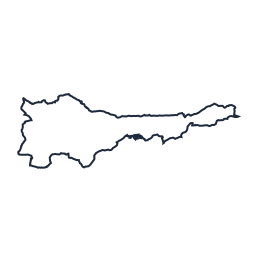 Bunila, Hunedoara, Romania (Equal Earth projection), rotated 177°
{"feature_id": "2599482B98386193513706", "entity_name": "Bunila", "entity_type": "district", "adm_level": 2, "iso_a3": "ROU", "parent_name": "Romania", "parent_adm1": "Hunedoara", "projection": "equal_earth", "projection_center": [22.627, 45.695], "detail": "fine", "context": "isolated", "style": "outline", "palette": "slate", "viewbox_px": 256, "rotation_deg": 177, "n_neighbors": 0, "source": "geoboundaries", "source_scale": "gbopen_adm2", "svg_char_len": 5957}
<svg xmlns="http://www.w3.org/2000/svg" viewBox="0 0 256 256"><g transform="rotate(177 128 128)"><path d="M210.8,160.1L212.5,159.2L213.0,158.3L214.9,158.2L215.6,158.4L215.9,158.7L216.6,158.3L217.3,158.3L219.7,157.8L221.1,157.1L222.0,157.0L222.6,157.1L222.8,157.7L224.3,158.0L224.6,158.8L226.6,160.1L228.4,161.0L230.0,162.7L230.9,163.2L231.1,163.0L231.1,162.1L230.4,159.2L231.0,158.0L231.6,157.6L232.4,155.7L233.2,154.6L233.5,153.8L233.4,152.4L229.4,148.1L230.7,146.7L228.5,146.2L226.5,145.0L224.5,142.4L224.0,140.8L225.7,140.7L227.7,140.2L230.1,139.9L230.8,139.3L230.8,139.1L230.6,138.6L232.7,137.3L233.0,136.9L233.0,134.5L233.6,132.4L234.3,131.6L234.3,130.3L233.5,128.6L233.3,127.5L233.3,126.2L231.5,123.9L231.0,121.6L233.2,119.0L233.4,118.5L234.7,117.3L234.9,116.4L235.6,115.6L235.5,114.8L235.9,114.4L236.2,113.2L237.0,111.5L237.4,110.9L238.3,110.4L238.8,109.9L238.9,109.1L238.5,108.5L238.7,107.8L238.3,107.4L237.6,107.1L236.2,106.9L231.2,106.6L229.7,106.8L225.9,105.3L225.8,105.0L225.8,104.0L225.2,103.3L225.5,102.7L226.1,102.8L226.5,102.6L226.3,102.0L226.6,101.8L226.5,101.2L227.1,100.0L227.0,99.4L227.3,98.9L227.4,98.0L227.7,97.3L227.8,95.7L226.3,95.6L225.7,95.1L221.8,94.0L219.8,93.0L219.3,93.3L218.6,93.3L217.5,92.9L216.6,93.2L215.6,92.8L213.6,92.9L213.1,92.8L212.2,93.3L211.3,93.2L211.0,93.9L210.2,94.0L210.1,94.4L209.4,94.7L208.7,95.6L208.3,95.8L207.8,96.4L206.8,97.1L207.1,98.2L207.5,98.9L207.7,102.3L207.6,102.8L206.0,104.9L205.3,105.5L202.0,105.9L200.9,105.6L198.0,105.2L197.3,105.5L196.2,106.4L195.7,106.1L192.4,105.7L192.4,105.4L191.2,104.7L190.6,104.7L190.0,105.2L188.9,105.5L188.7,103.8L188.7,102.0L188.5,101.5L186.9,101.1L186.4,101.3L185.6,101.0L183.7,99.8L182.3,99.4L182.1,99.1L181.2,98.7L178.8,98.5L178.9,98.0L178.2,96.6L177.9,95.4L176.6,94.5L175.9,92.7L175.3,91.8L174.2,91.1L173.6,91.0L172.8,91.6L169.3,91.9L167.4,93.5L164.4,97.2L163.8,97.8L163.3,98.6L163.1,99.1L163.3,100.2L163.0,100.8L163.2,102.1L162.6,103.1L161.6,104.0L161.4,104.5L158.1,106.3L156.9,106.5L154.6,107.4L152.3,106.8L149.3,107.4L148.3,107.3L147.7,106.8L146.1,106.9L145.3,107.4L144.3,108.6L141.2,110.4L140.0,111.3L139.4,113.2L140.1,114.3L138.2,115.2L137.5,115.8L136.2,116.2L133.4,117.9L132.7,118.4L131.4,119.8L129.3,121.0L129.1,120.4L129.4,120.3L129.5,120.1L129.1,119.8L127.6,120.1L127.3,119.3L127.2,118.2L126.3,118.2L125.9,118.0L125.6,118.2L125.7,119.1L125.5,119.9L124.8,120.0L124.0,119.7L123.5,120.0L122.7,120.0L122.7,120.3L122.5,120.5L118.2,120.8L118.4,120.5L119.0,120.4L118.9,120.1L119.6,119.3L119.6,118.9L120.3,118.6L120.2,118.3L120.3,118.1L121.1,118.6L121.9,118.3L122.4,118.6L123.0,118.6L122.4,117.5L121.1,116.1L120.3,117.2L119.7,117.5L119.3,116.9L118.7,117.0L119.1,117.9L119.0,118.7L118.8,118.8L118.3,118.8L116.9,119.6L116.5,119.5L116.3,119.7L116.4,119.9L116.1,119.9L115.3,119.3L115.7,119.0L116.6,118.9L116.7,117.5L115.5,117.2L115.5,118.2L114.9,118.4L114.3,118.2L112.9,116.3L112.1,116.2L111.5,114.7L111.3,114.6L109.1,114.8L108.4,115.5L106.1,116.4L105.1,117.1L104.2,118.0L103.9,118.8L103.0,119.4L101.4,119.5L99.2,120.0L98.7,119.7L97.8,118.5L96.5,118.0L94.3,117.9L93.9,117.5L93.8,116.8L94.4,116.6L94.6,115.7L94.3,115.2L93.9,113.9L93.4,111.4L93.5,110.9L93.1,111.1L91.8,113.0L88.9,114.3L86.9,115.5L83.5,116.0L82.8,115.7L81.5,114.7L80.9,115.0L79.2,115.5L77.3,116.3L76.4,116.5L75.1,116.2L75.3,117.1L75.3,117.8L75.0,118.7L74.5,119.4L73.5,120.3L71.1,120.9L70.1,121.6L69.2,122.9L68.6,124.9L68.5,126.3L65.3,129.6L63.7,129.6L63.1,129.4L63.8,127.2L62.1,127.1L60.7,127.6L60.1,127.1L59.0,127.4L57.9,127.2L56.6,126.5L53.3,126.4L50.4,126.7L48.6,126.6L47.6,126.0L46.2,125.7L43.7,126.7L42.3,126.5L41.4,126.7L40.1,127.5L38.9,130.5L37.5,131.2L36.6,130.8L35.7,131.0L33.5,130.8L32.4,131.1L32.0,131.4L31.7,132.0L31.4,132.1L29.7,132.2L28.5,131.8L28.2,131.9L28.0,132.8L27.5,133.5L25.7,134.4L25.0,134.5L23.6,134.4L20.4,133.3L17.8,133.4L17.1,133.7L19.9,134.8L21.4,135.8L21.0,136.8L21.0,137.7L20.6,139.4L20.9,141.3L20.7,141.9L20.1,142.3L19.8,142.8L20.3,143.8L21.6,144.7L23.5,145.5L25.8,145.4L26.1,145.3L26.4,144.7L27.6,144.9L28.4,144.5L29.6,143.4L30.4,143.2L31.0,143.5L31.9,144.7L32.5,145.2L36.6,145.3L37.7,146.3L40.5,147.8L42.5,146.7L44.3,146.0L44.8,145.5L46.4,145.5L48.5,144.9L51.1,142.9L52.5,142.4L57.1,139.3L57.7,139.3L58.7,138.7L60.0,138.4L61.1,138.5L61.8,138.1L63.8,137.5L64.6,137.0L65.4,137.4L65.6,137.8L65.9,138.1L67.1,138.4L69.5,137.2L70.0,136.5L70.3,135.9L70.6,135.8L71.8,137.6L71.5,138.6L73.0,139.6L73.2,140.1L76.7,139.5L78.4,138.3L81.2,138.5L81.9,138.3L83.8,138.5L85.5,138.3L89.5,138.6L93.7,138.5L96.0,138.9L97.3,138.6L99.7,138.7L101.9,139.1L103.5,138.8L105.1,139.2L105.9,140.0L107.4,139.4L108.9,139.6L109.9,139.5L110.3,139.6L110.7,140.2L110.9,140.3L112.2,139.6L114.2,138.9L116.1,139.1L116.5,139.6L117.2,139.7L119.5,139.5L121.3,139.8L123.4,139.7L125.0,139.8L125.6,140.1L126.9,140.1L129.2,139.6L130.4,139.9L131.7,139.8L133.1,140.2L134.1,139.8L134.8,139.3L137.8,138.8L139.2,139.8L139.6,140.9L140.6,141.4L143.3,142.2L144.4,142.3L145.0,142.7L146.0,143.1L146.2,143.5L146.7,143.9L149.2,144.5L150.7,145.6L151.5,145.9L155.8,146.7L156.8,146.4L158.4,146.5L159.5,146.2L160.6,146.4L162.7,146.1L163.9,146.3L164.1,146.7L166.0,147.7L166.4,148.9L167.0,149.4L167.4,150.1L168.3,150.2L168.5,151.1L169.1,151.2L169.9,151.9L170.2,152.5L170.2,153.4L170.6,154.1L173.0,154.7L173.7,155.4L173.7,156.0L172.8,156.4L172.9,156.9L173.5,157.1L174.4,156.9L174.8,157.4L174.9,157.8L175.5,158.3L175.9,158.3L176.3,158.7L177.7,159.1L178.6,160.0L179.5,160.4L180.0,161.0L180.7,161.1L182.4,162.5L184.6,163.7L184.7,163.8L184.6,164.2L184.7,164.5L185.6,165.0L187.0,164.7L188.3,164.8L189.1,164.4L189.8,164.5L190.4,164.0L192.2,163.8L193.7,164.0L194.9,163.6L195.2,163.4L195.4,162.9L196.1,162.5L196.0,162.0L196.1,161.5L196.0,160.7L196.2,160.1L196.9,159.3L197.4,159.0L198.0,159.2L198.7,158.8L199.3,158.7L199.5,158.4L199.3,157.8L199.5,157.4L200.5,157.7L201.7,157.6L202.6,156.8L205.0,156.8L206.9,156.4L207.3,157.0L208.3,157.5L209.2,158.5L209.4,159.8L210.1,160.1L210.8,160.1Z" fill="none" stroke="#1e293b" stroke-width="2"/></g></svg>